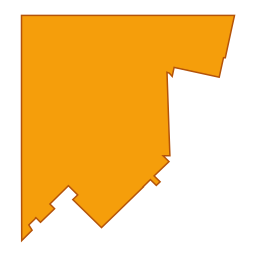 outline of General Villegas, Buenos Aires, Argentina
{"feature_id": "61730980B52535530003600", "entity_name": "General Villegas", "entity_type": "district", "adm_level": 2, "iso_a3": "ARG", "parent_name": "Argentina", "parent_adm1": "Buenos Aires", "projection": "robinson", "projection_center": [-62.918, -34.876], "detail": "fine", "context": "isolated", "style": "filled", "palette": "amber", "viewbox_px": 256, "rotation_deg": 0, "n_neighbors": 0, "source": "geoboundaries", "source_scale": "gbopen_adm2", "svg_char_len": 733}
<svg xmlns="http://www.w3.org/2000/svg" viewBox="0 0 256 256"><path d="M234.5,15.4L184.0,15.4L117.7,15.4L21.5,15.4L21.5,15.7L21.5,48.2L21.5,48.9L21.5,86.9L21.5,87.1L21.5,129.5L21.5,152.8L21.5,155.1L21.5,156.5L21.7,240.6L26.2,236.1L28.7,233.6L32.1,230.2L28.8,224.9L35.5,218.4L35.5,217.8L35.8,217.6L40.5,222.3L54.6,208.7L49.9,204.0L59.6,194.4L65.2,188.9L68.4,185.7L77.7,194.9L72.8,199.6L101.5,227.6L113.9,215.6L143.3,187.0L143.1,186.8L150.4,179.6L156.3,185.4L160.1,181.8L154.1,175.9L169.0,161.6L163.1,155.8L169.9,155.7L169.0,131.3L169.0,131.2L167.0,72.3L169.4,73.2L172.2,76.4L174.1,67.4L219.2,77.2L223.5,57.7L225.3,57.8L227.0,49.9L232.1,26.3L234.4,16.0L234.4,15.8L234.5,15.4Z" fill="#f59e0b" stroke="#b45309" stroke-width="1.5"/></svg>